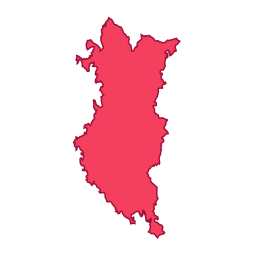 the border of Tatarstan, rotated 268°
{"feature_id": "RUS-2394", "entity_name": "Tatarstan", "entity_type": "Republic", "adm_level": 1, "iso_a3": "RUS", "parent_name": "Russia", "parent_adm1": "", "projection": "robinson", "projection_center": [50.981, 55.323], "detail": "fine", "context": "isolated", "style": "filled", "palette": "rose", "viewbox_px": 256, "rotation_deg": 268, "n_neighbors": 0, "source": "natural_earth", "source_scale": "10m", "svg_char_len": 5793}
<svg xmlns="http://www.w3.org/2000/svg" viewBox="0 0 256 256"><g transform="rotate(268 128 128)"><path d="M219.7,104.1L223.4,105.7L223.8,105.7L224.4,104.9L226.5,105.1L227.2,104.9L228.8,106.4L230.9,106.3L231.3,106.8L230.6,107.5L230.3,109.0L232.0,108.1L232.7,108.2L232.8,109.2L232.3,109.8L233.0,110.0L234.4,109.4L236.9,111.9L238.8,112.6L237.5,114.1L237.1,115.4L231.7,118.2L231.5,120.1L229.9,121.7L229.6,123.2L228.8,124.6L226.9,125.7L222.8,127.0L221.6,128.7L219.1,130.2L219.0,131.9L216.5,132.3L215.0,131.6L213.5,131.5L211.4,132.5L210.6,133.7L204.9,134.5L204.8,136.4L207.0,137.2L208.6,138.3L208.7,139.8L209.7,139.7L210.2,140.3L212.1,140.1L213.5,140.8L216.3,144.8L220.8,144.5L218.8,147.7L219.6,148.3L219.6,149.3L219.1,149.5L218.9,150.3L219.8,151.6L219.8,152.2L216.6,156.5L213.8,158.5L214.2,161.0L213.1,162.5L212.7,164.0L211.8,165.4L212.2,167.9L214.4,170.6L214.0,172.2L215.9,179.7L213.9,180.9L213.0,182.8L212.3,182.5L211.8,181.5L210.0,180.4L209.7,179.2L209.1,178.6L207.4,178.2L206.7,177.7L204.6,178.7L203.1,178.7L203.0,178.2L203.6,176.8L201.9,176.3L198.9,173.1L198.9,172.5L199.5,172.2L201.5,172.5L202.1,171.6L204.1,171.4L204.1,169.8L202.4,167.7L201.6,167.8L200.8,168.7L201.5,169.6L201.1,170.3L197.4,170.2L197.1,169.7L198.4,169.6L198.6,168.9L192.8,167.1L190.4,167.0L188.8,167.4L185.9,166.0L184.7,165.1L184.6,162.7L182.7,161.9L181.8,162.2L181.5,163.9L180.5,164.3L180.0,164.1L180.4,163.0L180.0,162.7L175.4,163.3L174.9,164.4L171.9,165.6L172.5,166.9L171.3,167.4L170.7,166.7L170.4,164.8L169.8,164.1L169.0,163.6L167.7,163.9L166.6,163.6L166.8,162.1L166.5,159.6L163.2,159.6L159.0,158.6L153.2,155.2L152.5,157.0L149.9,157.1L149.3,156.8L149.5,154.7L149.1,153.7L145.9,155.2L142.8,154.9L140.9,156.9L139.8,158.8L137.1,159.1L136.6,160.9L137.0,161.9L136.6,163.8L135.2,165.9L135.0,167.4L134.0,167.5L133.6,166.5L133.0,166.1L130.8,166.1L127.2,164.0L125.4,164.7L123.7,166.7L121.3,168.0L120.8,167.7L121.0,166.8L120.0,165.0L118.7,163.8L117.2,161.5L116.5,161.7L115.9,162.6L113.7,163.3L113.1,163.0L111.8,160.8L108.4,160.6L106.9,160.1L104.4,160.6L103.3,159.7L101.1,159.7L96.9,157.9L92.7,158.4L90.9,158.1L91.6,156.9L89.7,155.3L90.9,154.1L89.0,152.6L89.8,152.0L88.9,151.1L88.4,149.6L86.6,148.6L86.1,147.4L84.1,146.8L82.3,145.1L80.7,146.8L78.6,146.7L77.0,148.8L74.6,148.7L73.1,149.2L67.7,154.9L61.7,154.4L58.2,154.7L56.4,155.5L52.7,152.8L50.7,153.6L50.0,153.0L51.0,151.2L45.7,151.3L43.9,149.9L42.6,151.1L40.6,151.2L39.4,152.3L38.4,154.4L36.2,155.0L35.3,154.2L36.5,152.8L36.3,151.7L35.4,151.2L33.8,151.3L32.0,154.6L30.2,156.3L29.7,158.3L28.1,159.3L24.5,158.7L23.4,159.5L22.4,160.9L21.2,160.3L20.2,156.3L19.0,154.8L17.2,153.6L21.4,150.6L21.7,147.3L22.8,146.3L23.5,144.8L25.2,146.2L28.3,147.0L31.1,146.5L33.4,147.4L33.1,146.2L33.8,144.4L35.1,147.8L36.6,148.0L36.6,147.6L35.5,146.5L34.6,143.4L34.8,142.9L39.7,142.4L41.4,141.7L42.5,139.6L41.4,139.5L41.2,138.6L40.6,138.5L40.1,138.7L40.0,139.3L39.1,138.6L39.0,138.0L42.5,136.2L43.8,136.4L44.4,134.3L43.6,132.2L42.1,130.6L42.2,129.1L39.4,127.8L38.6,127.8L37.7,129.0L38.7,130.3L38.4,130.7L37.6,130.6L36.1,129.3L35.7,129.5L35.6,130.7L35.0,131.6L32.2,131.5L32.7,129.2L32.1,127.8L32.2,127.4L36.6,126.7L39.2,122.3L41.2,120.4L44.9,118.9L45.2,118.3L44.3,117.3L44.1,116.5L42.9,116.6L42.9,115.1L44.2,114.3L44.9,113.0L45.3,113.9L45.9,114.1L46.7,112.8L49.3,112.3L52.4,109.8L54.3,108.8L55.3,107.1L54.8,105.5L55.4,104.3L57.9,103.7L59.9,102.7L62.3,102.9L63.9,102.2L64.2,101.7L64.2,97.6L64.4,97.3L65.5,97.0L65.7,97.8L66.2,98.2L68.5,97.6L69.9,95.2L72.6,93.9L73.8,91.9L75.6,92.0L74.3,90.9L72.7,90.8L71.9,89.8L74.5,88.3L75.2,86.0L77.8,84.4L78.4,85.8L79.5,85.6L80.3,84.6L81.2,84.5L82.4,86.0L84.8,86.1L85.4,85.3L86.5,85.4L86.8,85.1L87.2,81.1L88.2,81.2L88.2,82.6L88.6,83.1L91.2,83.0L91.9,81.9L92.1,80.3L94.6,79.1L98.8,79.0L99.5,79.6L99.6,80.3L97.6,81.5L100.9,82.6L101.9,82.6L102.5,82.0L102.9,80.6L104.4,80.2L104.6,80.9L103.8,82.1L104.9,82.8L106.2,81.9L107.9,79.8L111.0,78.6L111.6,76.7L108.4,76.1L107.8,75.4L110.5,75.6L111.6,74.0L113.1,73.9L113.7,74.5L114.8,74.6L115.5,74.1L115.1,73.3L115.7,73.2L118.1,74.8L118.6,76.6L119.2,76.6L119.9,75.6L120.7,75.6L120.7,76.3L119.7,78.3L121.1,79.8L121.2,81.1L122.6,83.5L123.3,84.2L125.0,84.3L124.9,85.0L123.7,85.9L128.3,87.1L129.9,86.0L129.5,84.1L132.2,84.7L132.9,85.9L132.7,86.8L133.9,88.5L133.7,89.0L132.4,89.4L131.8,90.7L135.4,92.1L139.1,95.1L140.7,94.4L142.9,94.7L143.3,94.9L143.9,96.3L145.8,96.5L146.7,97.4L147.4,95.6L148.5,95.1L150.5,94.5L152.7,94.8L157.0,94.4L157.2,95.0L156.5,96.0L152.6,97.0L152.0,97.5L150.7,99.6L149.4,100.6L149.6,101.9L150.7,103.3L156.7,102.2L158.5,102.9L159.3,102.0L160.0,102.1L161.5,104.8L162.9,103.6L165.7,102.6L166.3,101.4L167.0,101.2L167.9,101.9L169.6,102.1L170.3,103.1L170.0,103.9L170.2,104.4L173.6,104.4L174.6,102.8L175.9,102.6L176.1,102.2L174.9,100.7L174.7,99.5L174.9,99.0L175.9,98.4L176.0,97.7L174.8,98.2L174.2,97.7L175.3,96.9L178.1,97.5L179.2,98.7L180.1,98.9L183.0,98.7L183.1,98.4L182.4,97.6L183.1,97.3L185.6,97.9L188.9,99.6L191.0,98.0L190.5,95.4L190.8,94.9L191.3,94.7L191.6,95.4L193.0,96.4L194.5,96.5L195.0,95.5L193.9,94.9L194.7,94.0L193.7,93.0L193.8,92.3L191.6,91.8L190.3,91.0L186.4,91.2L185.9,89.9L186.7,88.8L188.1,88.8L188.4,87.8L191.2,85.2L191.1,84.5L194.6,84.5L196.7,83.7L198.2,82.1L197.9,81.5L194.7,80.2L194.2,79.5L197.1,80.0L197.7,79.7L197.4,78.8L197.9,78.6L201.0,79.5L202.2,79.3L201.4,81.3L197.8,85.4L198.9,86.4L197.9,87.9L198.9,88.9L198.3,90.2L199.7,91.5L199.5,92.6L201.1,92.1L201.7,92.6L201.8,93.2L201.1,94.5L201.2,94.9L204.3,93.9L205.5,95.6L207.0,95.7L208.0,96.9L210.3,96.9L210.5,96.2L210.2,94.0L207.7,90.3L209.7,89.5L213.0,89.2L216.5,90.4L216.9,90.7L216.7,92.2L217.4,93.1L216.9,94.5L214.7,95.6L211.6,100.4L208.8,102.8L205.9,102.9L206.0,103.5L209.0,106.0L209.7,106.1L216.6,104.0L219.7,104.1ZM42.5,142.0L44.0,141.5L45.2,140.1L44.7,139.7L44.3,139.9L42.5,142.0Z" fill="#f43f5e" stroke="#9f1239" stroke-width="1.5"/></g></svg>